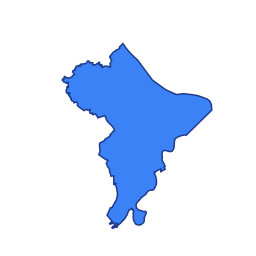 the district of Phuc Tho, Ha Noi, Vietnam, rotated 48°
{"feature_id": "81297802B65234108276491", "entity_name": "Phuc Tho", "entity_type": "district", "adm_level": 2, "iso_a3": "VNM", "parent_name": "Vietnam", "parent_adm1": "Ha Noi", "projection": "robinson", "projection_center": [105.577, 21.11], "detail": "fine", "context": "isolated", "style": "filled", "palette": "blue", "viewbox_px": 256, "rotation_deg": 48, "n_neighbors": 0, "source": "geoboundaries", "source_scale": "gbopen_adm2", "svg_char_len": 5761}
<svg xmlns="http://www.w3.org/2000/svg" viewBox="0 0 256 256"><g transform="rotate(48 128 128)"><path d="M170.8,53.8L166.4,50.4L162.8,49.2L159.3,49.8L150.6,54.5L146.8,57.5L139.5,63.9L135.5,69.7L125.0,74.3L108.9,77.8L83.9,75.4L80.1,75.8L73.9,76.2L67.6,76.0L62.8,75.4L61.9,75.2L62.0,80.2L63.1,80.5L63.2,81.7L62.1,85.1L62.4,85.3L61.9,87.7L61.9,88.4L62.2,91.1L62.7,93.5L63.2,93.4L63.3,93.9L63.6,94.0L63.7,94.4L65.0,94.4L65.8,95.0L67.0,95.0L68.0,98.1L68.4,98.6L68.9,98.9L69.8,98.9L70.0,99.1L70.3,99.7L70.8,100.8L69.6,100.9L69.5,101.4L68.5,101.8L66.5,103.8L66.3,104.1L66.2,104.7L66.2,105.3L66.2,105.8L66.0,106.1L65.3,106.8L64.4,105.5L64.0,106.0L63.2,105.2L62.3,106.2L62.7,106.8L62.3,107.2L62.0,107.3L60.2,105.2L59.7,105.9L60.2,107.1L59.7,107.4L59.5,107.6L59.4,108.0L59.3,109.7L58.3,111.0L58.3,111.5L57.5,111.8L57.2,111.7L56.7,111.3L56.1,110.5L55.1,111.3L54.2,112.2L53.9,112.9L53.6,112.9L53.4,112.6L52.2,112.2L51.9,112.4L51.1,113.5L51.5,114.1L51.6,114.5L51.7,115.5L51.7,116.6L51.6,116.9L50.6,118.0L49.8,119.2L49.5,119.8L49.5,120.3L49.4,120.6L49.6,120.8L48.9,120.6L48.8,121.0L49.4,122.2L49.4,123.2L48.6,123.1L48.6,123.6L47.9,124.2L47.4,125.0L48.0,126.4L48.6,126.9L48.5,127.8L48.5,128.1L48.7,128.3L49.3,128.4L49.4,128.7L49.4,129.0L49.4,129.5L48.8,129.8L48.5,130.3L49.3,131.7L52.3,131.8L52.0,133.8L52.0,134.1L52.4,135.1L52.5,135.5L52.1,136.2L52.2,136.7L52.1,137.0L51.9,137.3L51.8,137.7L50.3,139.7L50.0,139.5L49.7,139.5L49.2,140.3L48.9,140.5L48.4,140.4L47.9,140.4L47.3,140.7L47.5,141.4L48.1,141.3L48.3,141.4L48.5,142.0L48.6,142.5L48.6,142.8L47.8,143.1L47.9,143.7L48.1,143.8L48.2,144.6L48.4,144.8L48.6,144.9L49.3,144.7L49.6,144.7L50.1,144.9L50.5,144.9L51.8,144.5L52.3,144.2L53.1,143.9L53.7,143.7L53.8,143.6L53.8,143.0L53.6,142.2L53.8,142.0L54.1,142.1L54.6,142.3L55.3,142.9L55.9,143.6L56.4,144.1L56.8,144.3L57.8,144.7L57.9,144.9L57.8,145.3L57.5,145.5L56.7,145.5L56.6,146.0L57.9,147.1L58.1,147.4L58.3,148.2L58.5,148.6L59.0,149.1L60.7,150.2L61.0,150.2L61.8,149.8L62.0,149.6L61.8,149.2L61.8,148.9L62.0,148.4L62.2,148.1L63.0,148.3L63.1,148.0L63.4,148.0L63.7,148.3L63.7,148.7L63.4,149.5L63.4,150.0L63.9,150.3L64.8,150.3L65.6,150.1L65.9,150.2L66.4,150.5L66.5,150.5L67.0,150.2L67.6,150.1L67.9,150.4L68.1,151.2L68.3,151.2L69.5,151.3L69.7,151.5L69.9,151.5L70.2,151.4L71.6,150.9L72.3,150.9L73.0,151.2L73.4,151.2L73.5,150.4L73.6,150.0L74.2,148.8L75.1,148.8L76.0,149.2L76.8,150.1L77.4,150.4L78.2,150.5L80.4,150.2L83.6,149.5L85.4,149.3L86.2,147.3L86.7,146.3L87.6,146.0L88.0,145.8L88.2,145.5L88.9,144.0L89.0,143.7L89.4,144.1L89.6,145.0L89.9,145.4L91.7,146.3L92.4,146.0L92.5,145.9L92.9,144.8L93.0,144.5L93.3,144.5L93.9,145.2L94.2,145.2L95.1,144.8L95.0,144.1L95.0,143.7L95.5,142.7L96.2,142.8L97.2,142.7L97.5,143.1L98.8,142.9L100.1,143.7L101.3,141.4L103.4,136.9L104.9,137.5L108.2,138.7L109.7,138.9L113.5,138.7L116.8,138.5L118.8,138.9L120.0,139.3L120.8,139.7L120.7,140.0L120.9,140.1L120.6,140.9L120.5,141.6L120.6,142.2L120.9,143.4L121.0,143.9L120.9,144.1L120.8,145.6L121.9,146.0L121.7,148.7L121.4,150.2L120.9,152.5L121.6,153.1L121.3,154.5L121.5,154.8L120.3,159.1L121.3,160.3L122.3,161.2L123.2,161.9L126.4,164.1L128.1,167.1L128.3,167.6L132.3,166.7L137.4,165.4L137.4,164.9L138.6,164.5L139.1,165.5L139.6,167.6L139.8,167.8L140.7,168.0L141.7,168.5L143.1,169.0L145.2,169.1L146.0,169.4L146.5,169.7L147.3,170.3L148.3,171.0L150.2,171.7L151.7,172.5L152.4,172.9L154.1,170.6L160.3,176.3L160.9,175.8L160.0,175.0L161.2,174.1L162.2,175.8L163.6,175.8L164.2,176.3L168.7,178.9L169.5,179.7L170.8,180.8L171.5,181.6L173.0,183.8L173.3,184.2L174.0,186.0L174.7,188.1L175.9,191.5L176.6,193.4L175.5,194.3L178.8,201.9L186.8,202.3L186.6,205.5L187.1,205.8L187.5,205.7L187.7,205.0L188.3,204.0L188.4,202.2L189.2,202.1L189.3,202.2L189.5,202.5L190.3,202.6L190.5,202.6L190.8,202.3L191.0,202.3L191.0,202.2L190.9,200.9L191.1,200.0L192.4,199.9L192.6,200.6L192.6,201.5L192.3,202.3L192.1,203.8L191.1,204.2L191.0,204.9L191.2,206.5L192.1,206.8L192.3,206.2L192.6,205.3L193.4,203.6L193.8,203.1L194.5,202.6L194.1,202.0L193.8,201.6L193.6,201.1L193.5,200.5L193.7,199.5L193.6,198.2L193.7,197.4L193.4,194.1L193.4,192.9L193.3,191.7L192.7,189.3L191.9,186.9L191.5,185.8L190.7,184.7L189.8,182.0L189.8,181.0L190.0,180.6L190.5,180.2L190.4,179.9L190.3,179.5L190.2,179.3L190.6,179.1L191.1,178.8L191.4,178.7L191.7,178.9L191.9,179.1L192.1,179.5L192.3,179.5L192.5,179.2L193.0,179.3L193.4,179.2L193.6,179.2L193.9,179.6L194.2,180.5L194.7,181.2L195.3,181.6L196.0,182.0L196.5,182.4L197.4,183.5L199.1,184.9L199.7,185.2L200.8,185.7L203.8,186.5L204.3,186.5L205.1,186.4L206.6,185.5L207.2,185.0L208.0,184.0L208.5,182.9L208.6,182.3L208.7,180.3L208.6,179.6L208.5,179.2L208.3,178.8L207.5,177.7L207.2,177.3L206.2,176.5L205.9,176.2L205.4,175.5L204.9,174.5L203.5,171.6L203.2,171.2L202.7,170.8L202.1,170.7L201.9,170.7L201.3,171.1L200.7,172.1L200.2,172.5L199.2,173.0L196.2,174.8L195.5,175.1L194.5,175.2L193.4,175.1L192.5,174.8L191.7,174.4L190.7,173.6L190.2,173.0L189.7,171.9L189.4,170.9L189.3,169.2L189.0,166.5L188.7,165.0L188.7,163.8L189.0,160.8L189.1,159.2L188.9,158.0L188.4,156.0L188.4,155.7L188.4,155.1L188.8,153.6L189.2,152.9L190.0,152.1L190.7,151.3L190.9,150.2L190.7,149.0L189.9,146.9L189.0,145.0L188.4,144.2L186.8,142.5L182.9,140.0L182.1,139.6L180.2,139.1L179.1,138.6L179.3,137.7L178.5,137.6L180.3,131.1L182.4,132.8L183.5,128.0L181.3,127.5L181.4,126.8L181.5,126.1L178.1,125.0L174.8,124.2L174.5,124.1L172.8,122.1L171.9,121.5L171.0,120.9L169.5,119.5L168.8,118.5L168.6,118.0L168.6,117.0L168.7,116.5L169.3,115.6L169.8,115.2L172.7,113.3L173.6,112.6L174.2,111.9L174.5,111.2L174.7,110.5L174.5,109.6L174.0,108.1L172.9,106.4L171.6,105.0L169.8,103.3L168.5,101.7L167.8,100.6L167.6,100.0L167.6,99.2L167.8,97.6L168.6,95.3L169.2,93.9L169.8,92.6L170.9,90.7L171.4,90.2L171.8,89.9L172.4,89.7L172.2,87.7L170.8,53.8Z" fill="#3b82f6" stroke="#1e3a8a" stroke-width="1.5"/></g></svg>